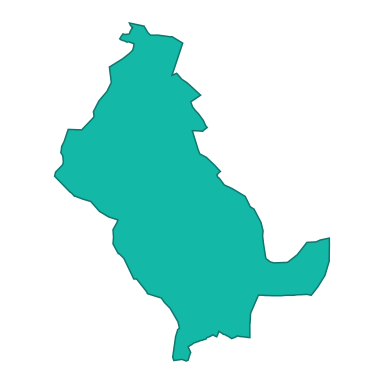 Atakunmosa West, Osun, Nigeria (Mercator projection)
{"feature_id": "59680162B20429116941940", "entity_name": "Atakunmosa West", "entity_type": "district", "adm_level": 2, "iso_a3": "NGA", "parent_name": "Nigeria", "parent_adm1": "Osun", "projection": "mercator", "projection_center": [4.653, 7.599], "detail": "fine", "context": "isolated", "style": "filled", "palette": "teal", "viewbox_px": 384, "rotation_deg": 0, "n_neighbors": 0, "source": "geoboundaries", "source_scale": "gbopen_adm2", "svg_char_len": 2700}
<svg xmlns="http://www.w3.org/2000/svg" viewBox="0 0 384 384"><path d="M54.6,176.2L70.2,192.2L71.0,192.5L74.4,196.2L74.9,196.1L82.8,199.1L90.8,201.5L99.6,211.5L108.8,217.0L117.9,219.9L116.9,222.7L113.0,229.7L113.5,237.1L113.0,243.9L118.3,253.7L119.2,253.7L123.9,258.4L133.8,279.0L136.6,279.0L146.7,291.8L147.5,293.7L161.3,298.0L164.4,302.4L170.2,308.4L178.0,321.9L179.4,328.2L177.7,329.7L175.6,336.7L172.7,357.2L173.8,360.5L182.1,359.4L186.1,361.0L188.1,360.2L189.9,354.5L190.7,352.5L188.1,346.8L189.2,346.1L190.2,345.4L191.8,344.6L192.7,343.8L193.8,343.0L195.4,342.5L196.9,341.9L198.3,341.5L200.1,340.7L202.0,340.3L203.6,339.7L205.3,339.3L206.2,338.8L206.8,337.6L209.1,336.8L210.8,336.2L212.3,334.8L213.4,335.3L214.8,335.9L216.7,336.8L217.6,334.9L218.8,331.3L220.1,332.2L221.4,332.8L223.3,334.3L225.2,334.7L226.7,335.7L227.9,336.1L231.6,338.6L235.1,337.3L236.2,336.7L237.3,335.9L238.9,336.3L240.5,336.6L242.0,336.7L243.5,336.8L245.0,337.0L246.3,337.2L248.2,337.5L249.9,337.6L249.8,322.8L250.0,324.0L250.6,313.2L258.4,295.2L262.1,295.2L265.2,295.5L267.8,295.5L272.0,295.7L276.9,295.7L281.4,295.7L285.8,295.3L288.2,295.3L290.3,295.3L293.6,295.3L297.1,294.8L301.2,294.7L304.4,294.5L307.2,294.4L311.2,295.3L314.5,291.1L318.1,286.5L318.4,285.9L323.3,278.0L325.0,275.3L329.2,261.1L329.2,255.8L329.3,251.9L329.4,244.9L329.3,238.1L320.3,240.0L316.1,241.9L306.9,242.4L304.1,246.0L297.2,254.8L288.9,261.3L287.4,262.4L279.1,262.7L274.0,262.9L270.3,261.9L265.9,258.6L264.3,248.8L263.4,242.8L262.6,235.7L263.1,231.0L261.0,222.5L254.0,209.1L250.0,206.6L249.5,205.1L245.2,196.4L232.0,188.5L224.3,185.0L219.1,178.0L217.9,177.4L216.8,174.9L217.8,173.9L218.3,173.3L218.9,172.7L219.6,172.0L220.4,171.5L214.3,164.9L208.6,159.5L206.2,157.2L205.3,156.8L199.8,153.9L198.0,149.3L192.3,130.7L197.5,130.8L200.7,131.1L202.7,131.2L204.9,129.2L205.3,128.9L207.2,127.5L205.7,125.7L205.0,124.2L203.3,120.4L200.0,115.9L198.5,113.8L195.3,110.5L192.6,107.0L190.7,101.9L200.6,95.2L187.0,82.7L181.8,79.3L176.7,73.3L172.0,75.3L182.7,43.1L172.1,36.7L170.6,36.8L157.7,35.1L150.5,35.2L148.0,32.8L144.0,26.1L129.4,23.0L129.7,23.7L130.1,24.4L130.2,25.1L131.1,26.0L132.5,27.3L132.0,27.6L132.3,28.1L132.0,28.3L130.5,31.0L130.2,31.5L129.7,32.6L129.6,33.6L128.9,34.1L127.7,34.2L124.9,34.5L123.0,33.9L121.3,36.3L120.1,38.3L119.7,38.8L120.5,39.5L121.7,40.1L124.1,40.9L125.4,41.2L126.4,42.0L127.1,42.1L128.8,41.8L129.6,42.1L134.1,43.8L133.7,46.0L133.4,47.7L132.6,50.3L129.6,53.3L122.5,58.9L109.4,67.0L111.3,82.6L106.9,91.5L98.9,100.9L93.4,111.7L94.0,115.7L93.8,117.2L81.7,129.9L68.2,129.4L64.1,141.6L61.7,146.4L61.3,150.2L60.8,152.6L62.8,155.7L63.3,162.2L62.7,164.7L55.6,172.1L54.6,176.2Z" fill="#14b8a6" stroke="#0f766e" stroke-width="1.5"/></svg>